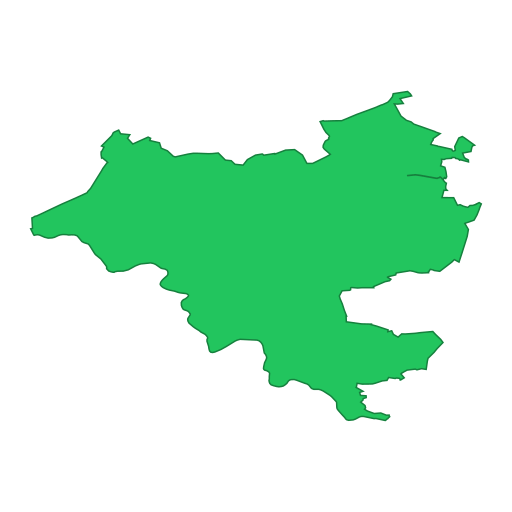 Vecsaules pag., Bauska, Latvia (Robinson projection)
{"feature_id": "27541924B84653415581668", "entity_name": "Vecsaules pag.", "entity_type": "district", "adm_level": 2, "iso_a3": "LVA", "parent_name": "Latvia", "parent_adm1": "Bauska", "projection": "robinson", "projection_center": [24.442, 56.411], "detail": "fine", "context": "isolated", "style": "filled", "palette": "green", "viewbox_px": 512, "rotation_deg": 0, "n_neighbors": 0, "source": "geoboundaries", "source_scale": "gbopen_adm2", "svg_char_len": 6042}
<svg xmlns="http://www.w3.org/2000/svg" viewBox="0 0 512 512"><path d="M208.6,346.3L209.0,348.9L209.6,351.0L210.8,352.2L212.6,352.5L214.9,352.0L220.9,349.5L226.6,346.3L235.2,341.0L237.2,340.1L240.1,339.3L257.0,340.1L259.1,340.8L260.9,342.3L262.1,344.0L262.9,345.7L264.3,353.0L265.5,354.4L266.3,355.9L266.7,357.8L266.1,359.6L264.6,362.7L263.7,366.7L263.5,368.5L263.8,369.3L264.6,370.1L266.7,370.7L268.8,371.9L269.6,373.2L269.3,376.5L269.3,378.9L269.0,380.6L269.3,382.1L269.8,383.4L271.1,384.8L273.6,385.7L276.7,386.5L278.9,386.8L281.4,386.5L283.3,386.0L285.4,384.6L286.9,383.3L288.1,381.4L289.0,380.5L290.0,379.9L291.3,379.6L294.2,379.5L296.6,380.2L304.6,383.2L307.1,384.0L308.8,385.1L311.1,388.0L312.1,388.7L313.8,389.3L318.6,389.3L320.6,389.8L323.2,391.0L329.9,395.3L331.5,396.6L336.2,401.6L336.6,402.5L336.8,407.1L337.1,408.7L338.3,410.4L342.2,414.8L344.8,417.6L345.6,418.8L346.6,419.7L348.6,420.3L353.1,419.9L355.4,419.1L359.7,416.8L361.8,416.4L363.9,416.5L374.0,418.6L376.0,418.5L385.3,420.5L386.0,420.0L386.8,419.2L387.9,418.6L388.3,417.9L389.7,416.7L389.1,415.5L389.1,415.1L386.4,415.2L380.8,413.0L374.2,413.5L367.4,411.0L364.5,409.2L365.6,407.8L365.0,405.5L360.7,402.1L362.9,400.2L363.2,398.6L366.2,397.6L366.1,395.8L360.5,395.4L359.6,392.4L363.0,391.3L356.1,387.4L356.4,386.9L357.1,383.3L362.3,384.1L370.3,384.0L372.6,383.9L375.3,383.2L382.3,380.9L387.0,380.4L388.6,377.5L395.2,378.5L396.4,378.0L399.2,378.3L400.2,379.3L400.2,380.0L400.6,380.0L404.2,377.8L400.9,373.9L402.0,372.9L402.1,373.0L403.8,371.9L407.1,370.1L415.3,369.1L416.9,369.8L421.5,368.7L426.2,369.4L427.3,361.5L428.0,358.3L434.1,352.3L437.2,348.5L443.0,342.5L440.7,339.4L435.5,334.4L432.8,331.5L420.6,332.6L415.3,333.3L405.2,334.0L401.7,333.9L398.1,337.1L393.4,334.4L391.7,330.8L387.8,331.7L388.1,329.9L376.6,326.1L370.8,324.5L371.1,324.1L361.6,323.9L346.3,321.8L346.1,316.1L346.6,316.1L344.3,310.2L342.3,303.9L340.1,298.8L339.3,296.0L342.1,290.8L349.7,290.3L350.6,289.8L350.7,287.8L351.4,287.5L357.6,288.0L362.1,287.7L373.8,287.7L373.5,286.6L385.0,281.7L389.6,280.7L390.9,279.2L387.6,277.4L387.5,277.2L388.2,276.7L395.7,274.9L396.2,273.0L409.7,270.8L409.7,270.7L413.1,271.3L418.0,272.7L419.7,272.9L421.8,273.0L428.6,272.7L428.5,271.6L428.9,271.5L430.3,269.3L433.3,270.0L434.1,270.5L439.8,271.3L451.8,262.1L454.3,259.6L459.0,262.1L462.1,252.6L467.2,236.4L468.4,229.5L464.8,223.4L474.1,220.1L477.0,214.9L479.2,209.4L479.7,207.8L481.3,203.9L479.2,202.6L476.1,204.1L476.2,204.3L475.9,204.4L472.8,205.4L470.0,205.5L468.1,207.2L467.7,207.3L465.5,206.8L463.1,206.1L460.2,204.7L457.5,205.3L453.7,197.7L442.0,197.6L443.9,190.3L447.1,190.3L445.7,188.7L445.7,186.2L446.4,183.2L445.3,182.6L443.3,180.2L443.1,179.2L442.5,179.2L440.6,177.2L439.9,177.2L439.3,177.7L437.8,178.1L437.4,178.4L436.4,178.4L420.1,175.5L415.4,174.9L407.2,175.7L407.5,175.5L415.4,174.7L420.2,175.3L436.5,178.2L437.3,178.2L437.9,177.9L439.0,177.7L439.7,177.1L440.2,177.0L440.7,177.2L442.6,179.1L443.4,179.0L443.8,178.8L444.0,178.6L444.1,177.9L444.5,177.5L445.1,177.9L445.4,178.5L445.8,178.5L445.9,178.4L445.8,177.9L446.2,177.6L446.7,176.8L446.0,171.8L444.9,167.3L440.6,165.8L441.8,161.8L441.5,159.3L444.0,159.5L446.1,158.7L451.7,158.3L452.1,157.4L455.1,157.6L455.7,158.5L457.5,158.7L460.0,159.8L459.4,160.0L459.6,160.2L460.6,159.8L468.5,161.9L468.4,160.0L466.7,159.0L466.2,159.2L465.7,158.6L464.3,157.5L462.6,153.1L471.0,151.5L471.8,147.5L472.5,145.9L474.6,145.2L464.4,137.8L462.3,136.5L458.8,138.0L454.7,146.6L455.3,150.4L453.7,151.1L453.0,151.1L452.1,150.3L451.9,149.3L439.4,146.5L437.9,146.4L437.6,146.0L430.7,144.5L431.9,141.6L433.2,139.9L433.1,138.6L440.2,133.6L435.3,131.9L435.1,131.6L413.8,124.1L411.1,121.9L406.4,120.3L401.0,116.1L394.3,103.9L397.6,104.1L403.3,103.5L400.0,98.6L411.6,95.9L410.4,94.0L407.6,91.5L393.2,93.7L392.4,96.8L390.0,99.9L388.2,101.9L387.1,102.6L382.5,104.7L381.3,105.0L374.7,107.8L357.0,114.3L341.7,120.7L334.0,120.8L324.2,121.1L323.2,120.7L320.1,121.6L323.8,129.1L326.0,132.5L329.2,135.6L329.5,136.3L328.5,138.2L328.9,138.9L328.7,139.2L327.8,139.8L326.6,140.3L325.4,141.1L325.0,141.7L323.5,144.7L323.2,145.7L323.1,147.4L324.3,149.1L330.3,154.3L329.2,155.1L326.0,156.9L312.7,163.4L306.9,163.4L302.5,155.1L294.6,149.6L285.6,150.1L274.9,154.1L274.7,153.5L263.7,155.2L262.6,154.1L262.2,154.0L255.5,155.1L247.4,159.6L243.1,165.1L235.0,164.3L231.2,160.7L225.4,160.1L218.3,153.0L212.1,153.6L208.6,153.7L197.4,153.3L193.1,153.3L188.0,154.1L175.3,156.9L173.3,156.3L167.4,150.8L161.2,148.2L159.5,142.8L149.7,140.5L150.6,138.3L148.1,137.1L132.8,144.0L127.5,138.3L129.8,134.7L120.6,133.8L118.7,130.1L114.6,131.9L113.3,132.7L111.8,135.7L101.5,146.0L104.0,147.1L101.6,151.6L101.1,151.9L101.1,154.7L101.6,158.0L102.2,157.7L106.8,161.5L107.6,162.5L107.2,162.6L102.9,168.4L101.5,170.9L90.6,188.4L87.9,191.4L87.0,192.8L75.5,198.1L61.8,204.1L36.8,215.9L34.9,216.3L33.0,217.5L31.9,217.9L32.5,228.5L30.7,228.8L33.7,234.9L34.2,235.3L35.8,234.9L37.7,234.7L39.7,235.1L44.5,237.2L48.1,238.1L52.0,237.9L54.5,237.3L58.6,235.4L60.6,234.8L62.9,234.5L66.4,234.6L68.7,235.0L71.6,234.8L74.4,234.9L75.5,235.2L77.3,235.9L81.9,241.5L83.9,242.6L88.3,244.0L89.6,245.5L94.8,253.8L95.8,254.9L100.9,259.0L106.4,266.2L106.7,267.3L106.6,268.7L108.7,271.0L111.0,271.8L112.8,272.2L114.1,272.3L114.7,271.8L117.5,271.2L123.3,271.1L128.3,269.8L135.4,265.9L138.9,264.5L140.9,263.9L150.6,262.9L153.5,263.5L155.6,264.4L160.9,268.1L162.0,268.5L165.1,269.1L167.1,270.2L167.7,271.4L168.0,272.9L167.8,274.7L167.1,275.7L163.8,278.6L162.4,280.0L161.0,281.8L160.4,283.2L160.2,284.2L160.5,285.0L161.5,286.3L163.2,287.6L166.3,289.1L169.4,290.1L174.4,291.1L178.2,292.4L180.4,292.9L186.2,293.6L187.1,294.0L188.1,294.7L188.5,295.3L188.3,296.2L187.3,297.3L185.4,298.8L183.4,299.7L182.2,300.8L181.3,302.6L181.4,305.4L182.1,307.4L183.1,309.1L184.2,309.8L187.4,310.9L188.7,311.8L190.3,314.0L190.0,315.1L187.9,318.4L187.7,319.7L188.0,321.2L189.0,323.1L193.2,326.7L195.4,328.3L199.2,330.6L200.8,332.0L205.1,334.3L206.3,335.5L207.5,337.1L207.7,338.0L207.0,339.6L207.0,341.3L208.6,346.3Z" fill="#22c55e" stroke="#15803d" stroke-width="1.5"/></svg>